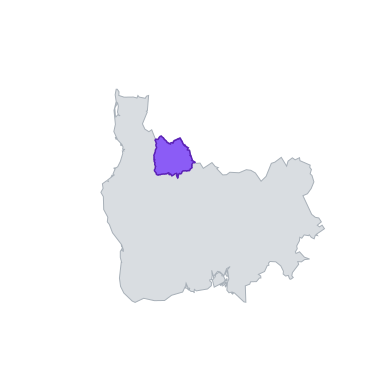 location of Mato Grosso do Sul within Brazil, rotated 146°
{"feature_id": "BRA-600", "entity_name": "Mato Grosso do Sul", "entity_type": "State", "adm_level": 1, "iso_a3": "BRA", "parent_name": "Brazil", "parent_adm1": "", "projection": "robinson", "projection_center": [-55.435, -20.619], "detail": "fine", "context": "in_parent", "style": "filled", "palette": "violet", "viewbox_px": 384, "rotation_deg": 146, "n_neighbors": 0, "source": "natural_earth", "source_scale": "10m", "svg_char_len": 8628}
<svg xmlns="http://www.w3.org/2000/svg" viewBox="0 0 384 384"><g transform="rotate(146 192 192)"><path d="M119.9,90.7L123.0,93.7L126.8,92.3L128.0,94.2L130.2,91.5L135.4,88.7L136.5,86.1L139.8,84.6L140.1,82.9L136.3,82.3L135.3,75.2L132.0,70.7L136.4,73.0L140.4,72.9L143.2,75.2L144.0,72.4L153.9,69.0L156.1,66.7L155.9,64.5L158.9,64.4L159.7,65.4L158.8,69.0L161.4,70.0L162.3,73.0L160.5,75.2L159.7,81.1L161.6,87.3L166.2,90.8L168.3,90.3L169.2,88.3L171.0,88.8L176.3,85.5L183.0,86.6L182.0,83.9L183.0,82.2L184.3,83.0L188.7,81.7L193.6,84.8L195.7,83.3L200.3,84.4L209.0,70.5L210.4,71.9L213.3,84.7L214.8,86.7L217.7,87.8L218.0,91.1L213.1,97.3L210.1,99.3L206.0,107.7L202.1,108.9L206.2,109.1L212.3,104.8L213.5,110.2L215.1,111.9L221.4,110.0L219.5,116.1L222.0,111.3L224.9,108.4L226.3,109.3L227.0,108.4L226.4,106.2L228.4,103.5L233.3,102.9L243.7,107.6L244.5,109.9L245.9,108.3L248.4,110.1L249.0,112.1L247.8,113.5L248.3,114.2L249.6,112.9L249.9,114.2L248.7,115.6L247.9,119.7L249.6,118.0L250.8,114.9L251.0,117.1L255.7,114.3L266.7,117.8L275.4,117.4L284.0,123.0L291.5,130.9L300.9,132.3L302.6,135.1L305.0,146.4L304.0,153.7L300.3,161.2L289.9,173.4L289.9,172.4L288.0,177.9L284.7,182.8L283.2,183.5L282.1,181.3L281.2,182.4L279.8,187.7L280.7,202.6L278.7,211.2L278.9,214.6L275.9,218.2L275.0,226.8L268.1,237.7L267.7,242.7L263.7,244.7L261.7,248.9L256.5,249.1L255.4,247.5L255.0,249.2L247.0,249.6L247.4,251.1L242.3,254.5L239.4,254.5L234.3,257.4L227.9,262.6L226.7,265.1L225.6,264.1L225.2,265.3L223.7,264.8L225.6,266.3L224.0,267.9L223.5,270.7L224.5,276.7L223.0,285.8L217.7,290.9L211.0,303.3L204.8,308.9L204.6,307.1L209.0,304.8L212.9,298.0L213.1,296.8L210.5,297.5L209.0,295.3L209.8,297.5L209.0,300.0L205.2,304.1L203.9,307.4L204.3,309.3L201.3,315.6L197.4,319.6L196.5,319.0L196.5,315.8L198.7,313.0L195.3,308.6L187.5,303.5L185.1,300.7L182.9,302.2L182.7,300.2L178.3,295.8L176.2,296.9L174.0,296.3L183.5,284.4L184.6,284.5L184.4,283.3L195.0,276.2L195.9,270.4L194.0,266.1L190.6,266.1L192.8,256.1L190.6,254.6L186.2,255.5L184.0,245.0L180.3,243.2L177.5,244.5L171.6,243.0L172.5,236.2L170.6,230.7L172.3,229.5L170.7,228.0L174.3,217.9L172.4,213.3L169.2,211.5L169.4,205.3L159.0,205.2L158.5,200.0L156.6,197.5L158.4,197.5L157.0,189.0L153.7,187.0L149.6,187.2L142.2,181.6L134.5,180.1L131.1,177.1L128.8,172.3L128.7,162.3L121.9,163.5L110.2,171.4L106.7,170.4L98.6,170.8L99.1,160.5L95.1,163.9L89.7,164.2L88.5,161.0L83.7,160.3L85.0,157.6L79.0,148.2L80.6,146.6L80.4,143.9L83.9,141.0L83.3,138.6L85.3,132.2L91.3,128.2L97.3,126.0L102.1,126.9L105.3,106.5L103.9,102.0L101.4,99.6L101.5,94.9L106.7,94.4L105.8,91.8L102.7,91.8L102.7,87.5L112.4,87.4L112.3,85.7L113.8,87.3L116.9,84.9L118.5,87.6L118.7,90.9L119.9,90.7ZM216.0,99.5L226.8,100.7L224.2,107.8L222.2,108.0L221.9,109.2L220.3,108.6L218.6,110.4L214.5,110.4L213.1,106.8L214.1,105.9L212.9,104.6L213.7,100.5L216.0,99.5ZM206.9,108.1L208.5,103.0L210.2,102.3L210.1,105.4L206.9,108.1ZM219.0,97.0L218.0,98.9L215.5,98.4L215.9,97.2L219.0,97.0ZM215.3,94.8L214.9,98.8L213.9,98.4L215.3,94.8ZM220.7,99.4L219.2,99.6L218.5,99.3L220.3,98.2L220.7,99.4ZM213.7,99.6L212.1,100.8L211.5,100.2L212.6,99.0L213.7,99.6ZM216.6,96.1L215.8,95.3L217.1,94.5L217.2,95.3L216.6,96.1ZM215.7,86.0L214.8,86.2L214.6,84.8L215.5,84.7L215.7,86.0ZM224.9,280.5L224.6,279.2L225.3,278.1L225.5,278.4L224.9,280.5ZM243.2,254.0L243.4,255.4L242.3,255.1L243.2,254.0ZM224.4,271.5L224.0,270.8L224.7,270.0L225.0,270.3L224.4,271.5ZM249.3,117.1L248.7,118.6L249.3,116.5L249.3,117.1ZM282.6,183.8L281.6,184.2L282.3,183.0L282.6,183.8ZM249.9,250.2L248.8,250.7L248.6,250.4L249.2,249.8L249.9,250.2ZM280.8,186.4L280.4,187.2L280.2,186.7L280.8,186.4ZM246.5,107.0L246.5,107.8L246.2,107.7L246.5,107.0Z" fill="#d9dde1" stroke="#a8b0b8" stroke-width="1"/><path d="M171.9,229.9L172.1,229.8L172.3,229.5L170.8,228.0L170.8,227.9L172.7,223.5L172.8,223.4L173.1,223.4L173.0,222.6L172.9,222.5L172.7,222.5L173.9,218.2L174.0,218.1L174.5,218.1L174.4,217.9L174.2,217.9L174.0,217.7L173.8,217.3L173.5,216.5L173.0,215.5L173.2,215.4L172.9,215.0L173.0,214.8L173.5,214.8L173.7,215.1L173.7,215.3L173.9,215.4L174.1,215.6L174.3,215.7L174.4,215.8L174.5,215.9L174.4,216.1L174.6,215.7L175.7,215.4L175.8,215.2L176.0,215.2L176.4,215.1L176.7,215.0L177.2,214.3L177.3,214.2L177.2,213.9L177.3,213.8L177.7,213.5L178.0,213.2L178.0,212.9L178.0,212.6L178.3,212.5L178.4,212.2L178.5,212.1L179.0,212.1L179.8,212.0L180.0,212.0L180.4,212.1L180.6,212.0L180.8,211.8L181.0,211.8L181.3,211.5L181.5,211.4L182.1,211.2L182.6,211.3L182.8,211.7L183.7,212.0L183.9,212.2L184.0,212.3L184.4,212.4L184.5,212.3L184.9,212.5L185.1,212.6L185.2,213.0L185.5,213.3L186.0,213.6L186.6,213.8L186.9,214.1L187.5,214.5L187.9,214.4L188.1,214.4L188.7,214.3L189.0,214.3L189.6,213.9L189.8,213.6L190.3,213.4L190.8,213.3L191.1,213.3L191.8,213.8L191.9,214.3L192.0,214.4L192.3,214.4L192.9,214.2L193.1,214.1L193.5,214.1L193.8,213.8L193.9,213.4L194.3,213.1L194.5,213.0L195.0,212.4L195.2,212.0L195.6,211.7L196.0,211.6L196.0,212.0L195.9,212.8L195.8,213.3L195.6,214.3L195.1,214.5L194.9,214.6L194.9,214.9L194.7,215.1L194.6,215.3L194.3,215.7L194.3,215.9L194.4,216.1L194.6,216.1L195.0,216.2L195.5,216.5L195.8,216.6L196.5,216.5L197.3,216.6L197.5,216.5L198.3,216.5L199.1,216.7L199.6,216.6L199.7,217.2L199.6,218.5L199.7,218.9L199.8,219.0L200.0,219.1L200.3,218.8L200.5,218.8L201.1,219.1L201.2,219.5L200.7,220.2L200.5,220.7L200.5,220.9L200.6,221.0L201.3,221.2L201.7,221.2L202.1,221.3L202.8,221.2L203.1,221.3L203.6,221.8L203.8,221.9L204.1,221.9L204.3,221.9L204.6,222.1L205.0,222.4L205.2,222.7L205.6,222.9L206.1,223.0L206.5,223.4L207.6,223.9L207.9,224.0L208.2,224.0L208.8,224.1L209.0,224.2L209.4,224.7L209.6,224.8L210.0,224.8L210.2,225.0L210.5,224.9L210.6,225.0L210.8,225.1L211.1,225.5L211.5,226.2L211.5,226.3L211.6,226.7L211.5,226.8L211.4,226.8L211.3,227.3L211.3,227.5L211.1,227.6L211.1,227.8L211.1,228.0L211.2,229.0L211.2,229.8L211.3,230.3L211.1,230.9L210.7,231.4L210.4,231.6L209.7,231.8L209.4,232.0L209.0,232.4L208.6,233.1L208.3,233.4L208.0,233.5L207.9,233.5L207.8,234.0L207.7,234.2L207.6,235.4L207.6,235.5L207.0,236.1L206.7,236.8L206.3,237.0L206.2,237.1L206.2,237.3L206.3,237.9L206.3,238.1L206.3,238.4L205.9,238.8L205.7,239.2L205.6,239.3L205.2,239.3L205.0,239.6L204.9,239.6L204.9,239.8L205.1,240.2L205.2,240.3L205.3,240.3L205.2,240.5L205.0,240.8L204.6,241.0L204.4,241.3L204.4,241.6L204.3,241.8L204.1,241.9L203.8,242.2L203.7,242.3L203.6,242.7L203.5,243.1L203.4,243.3L202.9,243.9L202.7,244.0L202.2,244.3L202.0,244.5L201.6,244.6L201.4,244.9L200.8,245.2L200.7,245.5L200.3,245.7L200.2,245.7L199.7,246.2L199.2,246.9L198.9,247.3L197.1,248.2L196.7,248.4L196.5,248.6L196.3,249.1L196.2,249.4L196.2,250.0L195.7,251.2L195.5,251.4L194.9,251.8L194.4,252.0L194.3,252.5L194.0,253.4L194.0,253.8L193.8,254.3L193.8,254.6L193.7,255.2L193.7,255.5L193.1,255.8L193.0,256.0L192.7,256.1L192.1,255.7L191.8,255.2L191.6,255.2L190.7,254.6L190.2,254.8L189.5,255.1L189.1,255.3L188.9,255.6L188.5,255.6L188.3,255.7L187.9,255.7L187.6,255.9L187.4,255.9L186.8,255.8L186.4,255.7L186.1,255.5L186.1,255.3L186.0,254.1L185.9,253.7L185.5,253.2L185.4,252.3L185.6,252.0L185.6,251.8L185.5,251.6L185.4,251.4L185.5,250.9L185.3,250.2L185.2,250.1L185.1,249.7L184.9,249.3L184.9,248.8L184.8,248.3L184.8,248.1L185.0,247.7L185.0,247.3L185.0,247.0L185.0,246.9L184.9,246.8L184.6,246.6L184.4,246.5L184.3,246.2L184.3,245.4L184.2,245.3L183.9,245.0L183.6,244.6L183.6,244.8L183.5,244.7L183.1,244.7L182.9,244.5L182.7,244.6L181.6,244.5L181.4,244.3L181.1,244.1L180.9,243.9L180.8,243.7L180.6,243.3L180.5,243.2L180.0,243.3L179.8,243.4L179.7,243.7L179.6,243.8L179.5,244.0L179.1,244.3L178.9,244.2L178.7,244.3L178.4,244.4L178.1,244.6L177.9,244.6L177.8,244.4L177.7,244.3L177.4,244.4L177.1,244.3L176.9,244.2L176.7,244.3L176.6,244.2L176.3,244.1L176.2,244.1L175.9,244.0L175.7,244.1L175.3,244.0L175.1,244.1L174.8,244.0L174.6,243.9L174.3,244.0L174.1,243.8L173.8,243.9L173.7,243.9L173.6,243.7L173.5,243.4L173.4,243.4L173.0,243.4L172.9,243.4L172.8,243.5L172.7,243.6L172.4,243.7L172.1,243.6L171.9,243.5L171.8,243.3L171.6,243.2L171.7,242.5L172.0,242.1L171.9,241.9L171.8,241.7L171.9,241.1L172.1,240.7L171.9,240.4L172.0,239.9L171.9,239.8L171.8,239.6L171.9,239.1L172.3,238.5L172.3,238.3L172.2,238.2L172.2,237.8L172.4,237.6L172.4,237.3L172.5,237.0L172.4,236.7L172.3,236.4L172.5,236.2L172.5,235.9L172.4,235.8L172.1,235.6L172.0,235.4L172.3,235.2L172.1,234.9L171.9,234.9L172.1,234.6L172.3,234.5L172.3,234.4L172.1,234.3L172.0,234.1L171.9,234.0L171.7,234.3L171.6,234.2L171.6,233.9L171.5,233.7L171.5,233.4L171.5,233.2L171.4,232.9L171.5,232.6L171.2,232.3L171.0,232.1L170.9,231.8L170.9,231.7L171.0,231.5L170.9,231.4L170.7,231.4L170.6,231.2L170.8,231.0L170.7,230.8L170.6,230.7L170.9,230.6L171.0,230.4L171.4,230.1L171.6,229.9L171.9,229.9Z" fill="#8b5cf6" stroke="#5b21b6" stroke-width="1.5"/></g></svg>